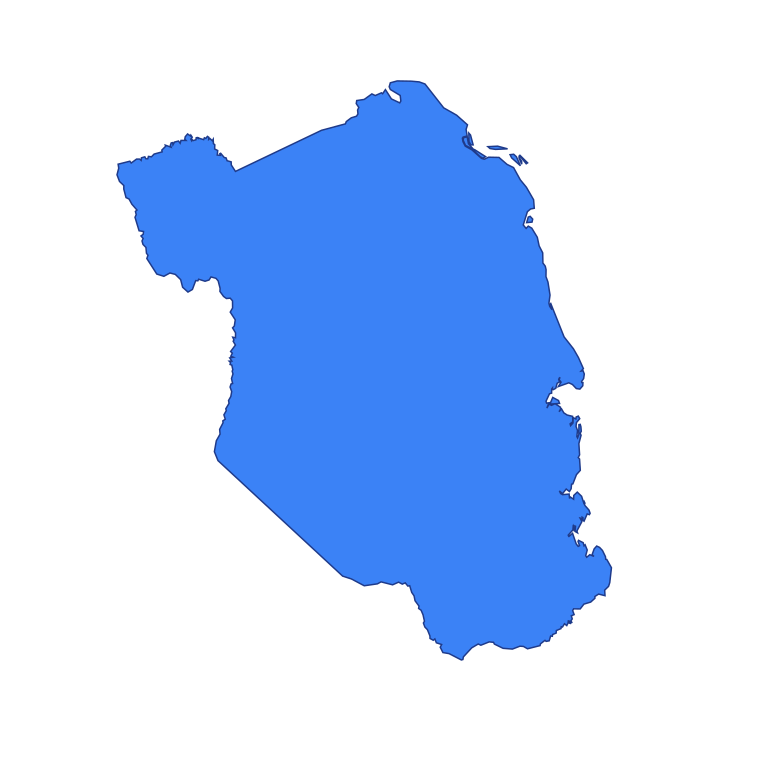 the district of Buzi, Sofala, Mozambique, rotated 344°
{"feature_id": "85939544B98429522964184", "entity_name": "Buzi", "entity_type": "district", "adm_level": 2, "iso_a3": "MOZ", "parent_name": "Mozambique", "parent_adm1": "Sofala", "projection": "equal_earth", "projection_center": [34.585, -20.074], "detail": "fine", "context": "isolated", "style": "filled", "palette": "blue", "viewbox_px": 768, "rotation_deg": 344, "n_neighbors": 0, "source": "geoboundaries", "source_scale": "gbopen_adm2", "svg_char_len": 6136}
<svg xmlns="http://www.w3.org/2000/svg" viewBox="0 0 768 768"><g transform="rotate(344 384 384)"><path d="M466.5,101.4L462.7,104.6L461.8,103.4L455.1,104.3L452.3,101.8L443.4,105.0L435.9,104.0L434.6,106.8L436.0,111.2L434.1,113.4L433.4,117.2L431.4,119.0L425.9,119.1L420.1,121.3L418.6,123.3L393.9,122.9L299.8,138.7L297.6,131.4L298.3,128.3L294.7,126.1L294.5,123.1L292.9,122.3L290.6,117.2L289.6,117.4L289.7,119.1L286.8,118.0L288.5,113.7L286.0,111.4L287.3,107.4L286.3,105.9L287.3,101.6L286.0,102.8L284.3,100.0L282.9,100.6L283.6,98.6L282.5,97.3L280.4,98.8L279.2,97.8L278.0,99.4L273.7,96.6L272.6,97.2L273.4,96.1L272.8,95.7L271.4,95.5L270.5,97.4L267.4,97.4L266.8,95.8L266.1,96.9L265.8,95.4L267.7,93.9L266.9,91.5L266.3,92.2L264.1,89.5L261.1,91.5L260.0,93.7L260.8,95.3L256.0,93.9L254.4,96.4L253.4,93.8L249.3,93.7L247.1,95.9L247.4,93.7L245.9,93.6L244.4,95.6L244.6,97.7L239.6,94.1L239.6,95.3L234.9,97.9L234.7,99.7L226.4,99.6L223.1,101.5L220.3,100.3L219.0,102.4L217.2,101.9L216.7,99.7L213.2,99.7L212.2,102.1L211.0,100.4L208.1,99.6L201.9,101.9L201.1,99.8L189.0,99.4L188.5,103.4L185.0,109.3L185.6,116.5L188.6,121.5L187.6,124.9L187.4,133.7L189.9,135.9L191.2,141.7L194.5,148.7L192.6,149.6L192.5,152.9L190.6,155.1L190.8,169.2L194.9,171.1L193.8,173.7L191.2,174.7L192.6,177.7L190.8,179.8L190.8,183.4L192.8,187.1L191.7,192.8L192.6,195.2L190.6,198.0L195.9,215.7L202.1,219.8L208.8,218.3L213.6,221.1L217.3,227.6L217.1,235.5L220.9,241.6L225.9,240.3L231.5,232.7L233.5,233.5L234.7,232.2L240.3,235.9L244.5,235.8L247.2,233.4L251.6,236.1L253.0,239.1L252.8,246.9L251.8,249.8L253.9,255.6L256.1,258.4L259.8,259.1L261.3,262.3L259.4,269.2L256.0,272.5L258.7,281.3L256.1,287.0L253.9,288.3L255.4,293.9L254.0,298.6L251.5,297.3L251.9,300.3L250.8,301.3L251.9,305.6L245.5,310.5L246.7,312.5L244.4,315.1L246.5,316.7L242.9,316.4L244.0,320.0L241.5,319.4L242.4,321.1L241.4,322.8L242.9,323.9L242.6,328.6L241.6,329.8L241.6,332.7L238.9,336.7L238.6,341.8L237.0,341.8L235.2,344.5L235.5,349.3L233.3,353.8L230.0,357.0L229.7,359.9L225.1,364.2L225.0,366.2L221.6,369.5L221.7,374.1L218.9,375.0L218.6,376.9L213.5,382.3L212.6,387.0L207.2,392.3L202.3,402.3L203.3,411.9L291.3,557.3L298.9,562.4L309.4,572.5L322.6,574.3L326.6,573.4L336.9,579.4L343.4,578.5L346.4,581.4L349.6,581.0L351.2,584.8L353.1,585.0L353.2,592.0L354.5,595.9L354.1,600.9L356.4,607.1L355.4,609.3L357.3,611.7L357.9,616.6L357.5,623.2L356.0,624.6L356.3,628.9L358.0,632.1L358.7,638.8L358.1,641.3L360.7,643.9L362.6,643.1L363.0,647.2L367.6,650.3L365.5,652.5L366.6,658.4L372.2,661.1L382.3,670.6L383.9,670.6L385.1,668.2L395.6,661.8L402.9,659.9L405.1,661.8L414.0,660.9L418.1,662.5L418.4,664.4L425.6,670.9L434.4,674.2L442.4,673.5L445.7,674.7L449.0,678.1L461.9,678.5L462.8,676.9L468.1,674.8L468.9,676.1L472.0,676.4L474.7,672.2L476.3,672.9L477.0,671.3L480.8,670.9L481.7,668.5L486.7,667.9L487.5,666.2L488.6,666.8L491.4,664.2L493.1,666.6L495.2,664.3L496.7,665.2L496.5,663.6L495.4,663.6L495.9,662.5L497.5,663.4L497.7,665.2L498.8,665.0L498.5,663.1L500.2,661.7L500.2,658.4L503.2,658.1L502.9,653.8L504.3,652.4L510.6,654.3L515.5,650.7L522.6,650.6L527.7,648.1L528.1,646.4L532.4,645.1L538.1,648.4L539.3,643.0L544.1,640.4L546.3,637.1L552.0,623.3L549.8,614.1L548.8,613.6L549.3,611.0L548.1,604.2L546.2,600.5L543.8,598.4L540.6,600.4L537.0,605.4L538.3,607.6L534.8,604.8L531.1,606.4L530.6,604.6L533.6,599.6L533.0,594.0L531.7,594.7L531.7,591.4L527.9,587.9L527.1,588.9L527.4,593.3L525.9,593.6L524.7,590.7L524.1,579.5L519.2,581.8L520.1,580.6L519.5,580.0L525.3,576.4L526.9,572.3L528.9,573.5L527.0,578.4L529.0,580.4L528.9,578.5L536.3,570.8L535.5,566.9L537.6,568.1L537.8,566.7L538.4,567.3L537.9,569.1L536.1,567.6L538.5,571.0L543.5,564.9L545.4,566.2L546.5,565.1L546.3,561.7L543.7,556.3L543.5,554.0L544.3,553.9L544.0,552.1L543.2,553.0L543.0,546.4L540.0,541.2L535.7,543.4L534.5,547.0L531.7,543.7L530.8,545.3L531.6,540.8L525.2,539.6L523.6,538.0L523.1,535.1L525.4,538.6L530.2,535.2L532.6,538.5L535.0,536.3L536.7,532.0L538.0,532.1L544.0,524.2L548.9,521.1L551.3,510.0L550.4,508.3L552.5,506.0L554.9,495.0L559.3,487.6L559.0,485.4L560.6,483.8L561.5,479.4L561.5,476.9L560.2,476.8L557.3,486.4L555.2,489.2L554.9,487.6L557.2,482.1L556.9,477.7L558.4,474.1L562.6,471.3L561.9,468.4L559.6,468.7L558.8,470.5L556.6,468.5L554.9,473.6L551.9,475.5L551.9,473.6L555.1,472.3L556.4,467.1L551.5,464.3L548.9,461.3L547.8,456.9L544.6,458.9L546.9,456.7L547.2,454.9L543.0,450.1L539.1,450.7L537.1,448.9L533.9,452.1L537.3,447.5L535.0,447.2L535.0,445.2L540.4,439.0L542.6,439.0L543.8,435.0L544.8,434.3L544.3,435.7L545.1,436.1L547.9,435.5L550.7,431.0L553.3,430.4L553.2,427.7L554.0,426.7L555.1,426.1L553.5,428.0L554.7,431.0L550.9,434.5L562.0,433.8L565.0,436.4L567.6,441.4L570.9,442.9L574.6,440.5L575.6,437.5L574.5,437.1L574.6,436.1L577.4,433.8L579.3,429.6L579.0,426.1L577.1,425.9L579.9,424.2L578.2,412.1L575.8,402.4L570.1,388.4L566.5,352.6L565.4,353.3L565.9,358.9L564.7,355.0L564.8,351.8L568.1,344.3L569.7,331.2L569.3,325.4L571.3,318.8L571.5,315.2L570.1,311.5L572.7,301.7L571.2,294.0L571.8,285.2L569.0,274.9L566.2,272.0L563.5,273.6L561.7,269.5L569.3,257.9L573.1,256.2L576.9,256.5L578.6,248.1L575.1,234.1L571.3,225.3L568.2,211.7L562.8,206.8L557.0,197.9L547.0,194.8L542.4,195.6L539.9,194.0L533.0,183.1L527.7,177.8L526.7,172.8L527.1,169.3L528.2,168.4L532.3,168.5L533.1,161.9L535.7,157.9L527.9,145.6L517.5,135.0L506.1,106.9L501.1,103.3L493.9,100.5L480.2,96.3L473.1,96.2L470.9,99.7L471.3,102.7L479.1,111.1L478.2,116.6L476.6,118.1L469.7,112.0L466.5,101.4ZM528.5,169.1L527.3,171.4L528.1,177.1L534.9,183.5L531.4,176.3L532.1,169.4L528.5,169.1ZM542.5,443.4L538.0,449.0L547.4,451.1L547.2,448.0L542.5,443.4ZM567.6,192.0L558.8,186.7L549.3,184.5L550.8,186.9L555.8,189.2L567.6,192.0ZM572.0,198.9L568.4,198.3L569.0,201.8L575.3,211.8L573.9,202.0L572.0,198.9ZM535.6,178.7L535.8,168.5L534.7,166.2L532.5,174.4L533.5,178.1L535.6,178.7ZM570.7,263.1L568.7,263.3L565.6,268.2L570.9,269.2L572.4,266.5L570.7,263.1ZM541.3,194.2L544.3,193.4L535.7,183.7L534.7,184.5L539.0,191.9L541.3,194.2ZM577.7,201.6L576.7,202.1L576.1,204.0L577.0,210.7L577.7,207.8L576.5,204.0L577.6,202.5L581.4,211.5L583.0,211.0L577.7,201.6ZM526.3,576.4L527.0,575.3L527.1,573.3L526.1,574.9L526.3,576.4Z" fill="#3b82f6" stroke="#1e3a8a" stroke-width="1.5"/></g></svg>